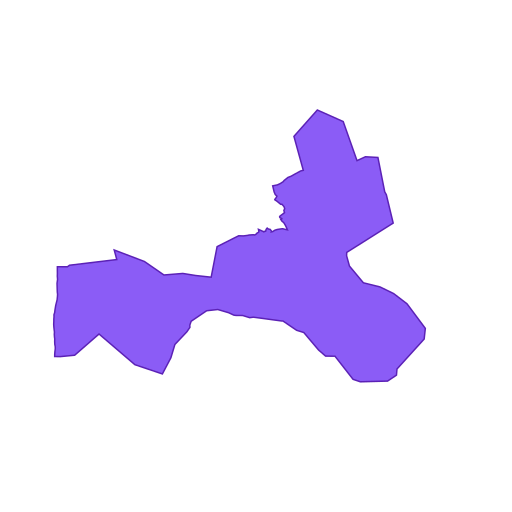 the district of Ifelodun, Osun, Nigeria, rotated 198°
{"feature_id": "59680162B54301811333050", "entity_name": "Ifelodun", "entity_type": "district", "adm_level": 2, "iso_a3": "NGA", "parent_name": "Nigeria", "parent_adm1": "Osun", "projection": "albers", "projection_center": [4.686, 7.929], "detail": "fine", "context": "isolated", "style": "filled", "palette": "violet", "viewbox_px": 512, "rotation_deg": 198, "n_neighbors": 0, "source": "geoboundaries", "source_scale": "gbopen_adm2", "svg_char_len": 2179}
<svg xmlns="http://www.w3.org/2000/svg" viewBox="0 0 512 512"><g transform="rotate(198 256 256)"><path d="M256.9,381.5L237.5,352.1L239.8,350.7L244.0,346.3L247.3,342.7L249.9,340.6L252.6,336.5L253.1,335.1L255.3,332.4L257.7,330.2L261.8,327.9L258.6,322.6L256.7,320.4L254.6,319.4L254.8,317.9L255.6,315.6L255.0,315.0L253.9,314.9L248.5,312.8L247.2,313.2L244.6,311.6L243.3,309.8L243.6,308.0L242.3,306.0L245.5,301.4L245.7,300.8L245.5,300.3L245.0,299.8L243.0,299.6L242.9,299.3L243.7,298.4L242.0,297.1L240.4,296.5L239.4,295.9L237.4,294.1L236.3,293.0L234.2,290.6L237.0,290.3L239.0,290.2L240.4,289.6L242.6,288.5L244.0,287.8L246.0,286.4L247.0,285.2L247.6,284.4L248.7,283.8L248.6,284.2L249.9,285.1L250.8,285.7L252.1,285.5L253.0,285.6L254.0,286.0L254.5,284.7L254.6,283.9L254.5,282.6L255.1,282.2L255.8,282.0L256.0,281.4L258.2,281.7L261.9,282.1L261.3,281.0L260.7,279.9L261.4,278.8L262.2,278.0L262.4,277.2L263.7,275.6L265.1,275.4L269.1,273.8L270.2,273.1L274.2,271.2L278.7,269.9L282.8,265.9L295.9,252.9L292.1,222.0L307.4,218.8L320.2,216.8L337.7,209.5L360.4,216.3L392.7,217.9L387.3,209.6L430.5,189.6L432.0,187.5L441.6,184.4L440.6,181.3L439.4,177.7L438.7,175.3L437.5,172.4L436.8,168.6L435.6,165.2L434.6,162.4L433.8,160.2L432.9,158.3L432.4,156.4L431.6,152.8L431.5,151.1L431.2,147.0L430.5,142.5L430.0,140.0L430.0,137.7L429.3,135.7L428.8,133.6L428.1,131.4L427.3,128.5L426.3,126.0L425.1,123.3L424.2,121.4L423.6,119.1L422.6,116.6L421.8,115.0L421.1,112.6L420.1,109.9L419.0,107.9L418.4,106.3L418.0,104.6L417.8,103.4L417.1,100.4L416.4,98.2L411.1,99.8L397.8,105.6L381.2,133.3L337.6,115.2L308.6,114.9L305.5,132.9L305.8,146.8L298.3,162.6L296.8,167.7L297.6,169.8L297.5,173.9L286.0,188.7L275.8,193.3L264.5,193.6L258.8,192.9L256.6,193.3L250.3,195.3L242.9,195.4L239.6,197.0L233.1,198.2L211.6,202.1L210.3,202.5L194.4,197.9L186.9,198.0L167.4,185.9L158.9,182.3L149.9,185.1L125.6,168.7L117.9,168.6L92.2,177.7L85.6,186.1L87.0,192.1L70.4,229.0L72.6,239.5L97.6,257.2L113.5,262.8L128.5,264.9L145.6,263.7L164.0,275.3L169.9,284.2L170.8,287.3L170.8,287.5L135.7,329.7L151.0,354.6L153.4,356.8L170.5,387.4L182.6,384.2L189.4,377.9L214.6,410.8L242.8,413.8L256.9,381.5Z" fill="#8b5cf6" stroke="#5b21b6" stroke-width="1.5"/></g></svg>